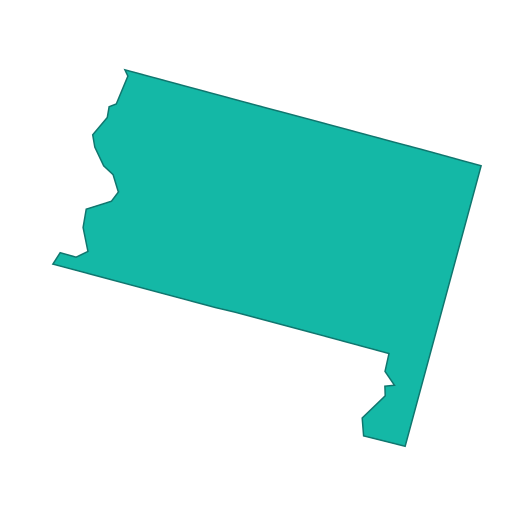 the district of Pottawatomie, Oklahoma, United States of America, rotated 105°
{"feature_id": "52423323B34642745342205", "entity_name": "Pottawatomie", "entity_type": "district", "adm_level": 2, "iso_a3": "USA", "parent_name": "United States of America", "parent_adm1": "Oklahoma", "projection": "mercator", "projection_center": [-96.916, 35.182], "detail": "fine", "context": "isolated", "style": "filled", "palette": "teal", "viewbox_px": 512, "rotation_deg": 105, "n_neighbors": 0, "source": "geoboundaries", "source_scale": "gbopen_adm2", "svg_char_len": 631}
<svg xmlns="http://www.w3.org/2000/svg" viewBox="0 0 512 512"><g transform="rotate(105 256 256)"><path d="M401.2,62.7L209.8,62.2L110.6,61.9L110.5,81.9L110.2,122.0L110.3,152.1L110.2,249.4L110.3,281.6L110.3,311.6L110.2,371.3L110.1,430.8L115.4,426.3L145.3,430.3L149.8,436.5L160.7,435.5L181.2,445.1L192.5,439.9L208.4,426.4L214.4,415.1L229.2,405.9L229.6,405.4L240.5,409.8L254.7,432.1L273.2,430.4L295.1,419.5L303.7,429.5L303.5,446.0L316.4,450.1L316.3,282.0L315.7,262.1L315.6,181.9L315.8,102.3L334.1,101.5L345.0,88.8L348.4,97.8L357.6,95.0L385.0,111.5L401.9,105.5L401.2,62.7Z" fill="#14b8a6" stroke="#0f766e" stroke-width="1.5"/></g></svg>